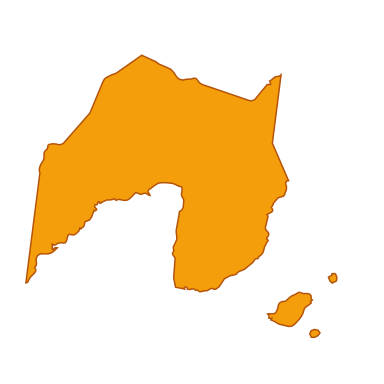 SVG path tracing the border of Morobe, rotated 97°
{"feature_id": "PNG-1253", "entity_name": "Morobe", "entity_type": "Province", "adm_level": 1, "iso_a3": "PNG", "parent_name": "Papua New Guinea", "parent_adm1": "", "projection": "mercator", "projection_center": [147.281, -6.648], "detail": "fine", "context": "isolated", "style": "filled", "palette": "amber", "viewbox_px": 384, "rotation_deg": 97, "n_neighbors": 0, "source": "natural_earth", "source_scale": "10m", "svg_char_len": 4805}
<svg xmlns="http://www.w3.org/2000/svg" viewBox="0 0 384 384"><g transform="rotate(97 192 192)"><path d="M169.0,97.5L169.6,99.5L171.2,100.1L173.3,99.6L175.0,98.9L177.6,98.6L179.6,98.9L181.3,99.5L183.1,99.7L184.8,100.5L185.7,102.1L186.4,104.2L187.3,105.9L193.2,109.8L194.1,109.9L195.2,110.2L196.2,110.6L197.1,111.4L198.1,111.0L199.6,109.8L200.9,109.7L201.6,110.0L202.8,111.3L204.3,113.7L205.4,114.8L205.9,114.1L207.3,113.6L217.7,114.8L218.7,114.8L219.8,114.5L221.1,113.5L222.1,112.2L223.3,111.1L224.9,110.6L225.9,110.8L228.7,112.1L229.4,112.1L229.7,111.9L229.8,111.5L230.2,111.0L231.0,110.5L231.6,110.7L232.1,111.3L237.7,113.3L242.9,114.0L244.9,114.9L246.4,116.1L247.7,117.5L248.1,117.8L249.4,118.1L249.9,118.4L250.2,119.0L250.4,120.1L250.6,120.7L251.4,121.5L254.4,123.0L262.3,130.4L265.3,135.8L266.5,137.0L268.3,138.1L269.4,140.6L270.3,143.7L271.5,145.5L274.1,149.2L282.5,153.4L285.4,156.3L285.8,157.9L285.7,158.9L285.3,159.9L285.4,161.1L286.2,162.6L287.2,163.7L288.1,165.0L288.7,168.2L289.8,170.8L290.0,172.3L289.6,173.3L289.0,174.1L288.6,175.1L289.2,176.5L288.0,178.0L288.2,179.7L288.8,181.6L289.2,184.0L288.9,184.5L287.3,185.6L287.0,185.9L287.1,187.3L287.7,188.1L288.4,188.1L289.2,187.4L288.5,196.7L279.7,199.7L259.9,200.7L258.8,201.4L256.8,203.2L256.0,203.8L254.7,203.7L253.5,203.2L252.3,202.9L251.0,203.4L249.0,203.9L241.4,201.4L238.9,201.5L234.2,202.7L231.8,203.0L214.3,202.0L212.9,202.2L212.2,201.1L211.4,200.2L210.3,199.6L208.9,199.1L207.2,198.9L201.6,199.1L200.1,199.6L197.3,201.7L195.4,202.2L191.7,202.1L189.8,202.3L188.1,203.0L187.9,205.7L186.2,210.5L185.8,213.1L185.9,218.5L186.6,223.9L187.4,226.6L191.1,231.1L193.5,233.3L194.7,234.8L195.4,235.4L196.6,235.7L197.5,235.5L199.0,234.1L200.5,233.3L200.3,234.9L199.7,236.0L199.1,237.0L198.9,237.9L199.1,239.3L200.1,241.2L200.5,242.6L200.3,244.1L199.5,246.8L199.6,248.1L200.1,248.3L205.9,252.8L207.2,254.2L208.2,255.9L208.6,258.3L208.2,263.6L208.9,265.2L209.5,266.4L209.1,267.0L208.5,267.4L208.2,268.4L208.9,269.5L209.7,271.5L210.2,274.9L210.5,276.0L212.4,279.0L212.9,280.0L213.5,280.5L214.1,280.9L214.4,281.5L214.3,282.1L213.6,282.5L213.0,282.7L212.9,283.0L213.5,284.2L214.0,284.3L214.7,284.1L215.9,284.6L216.5,285.5L216.4,286.2L216.6,286.7L218.2,287.0L218.7,286.7L220.6,284.6L221.3,284.6L222.0,285.2L222.5,285.8L222.6,286.4L222.1,287.0L228.9,288.6L232.2,290.2L233.7,292.8L234.1,294.0L235.1,294.6L236.3,294.8L237.2,294.8L238.9,295.1L240.0,295.8L240.9,296.8L242.2,297.8L241.3,298.9L241.9,299.1L243.3,299.2L244.4,299.5L247.2,301.7L248.5,303.1L249.1,304.5L249.0,308.7L250.1,309.8L256.2,310.7L257.8,311.6L258.3,313.3L258.4,316.2L259.1,318.6L260.6,320.4L261.6,322.2L260.7,324.4L266.1,323.6L266.1,322.8L265.1,322.3L264.3,321.5L263.8,320.4L263.8,318.9L266.8,321.3L269.3,323.8L270.9,327.0L271.8,334.4L272.7,336.3L274.2,337.6L276.2,338.4L278.0,338.5L281.4,337.7L283.9,337.6L284.5,338.0L285.2,338.6L286.0,338.9L287.3,338.0L288.4,337.5L289.7,337.6L291.0,338.1L296.3,342.0L298.8,343.3L301.2,343.8L302.1,344.9L302.4,345.8L191.4,345.3L190.2,345.9L189.4,346.1L188.4,346.3L187.5,346.3L185.1,346.0L183.8,345.7L182.7,345.3L178.6,343.4L176.8,343.1L175.0,343.1L171.8,343.6L170.2,343.3L168.9,342.6L166.7,340.9L165.5,340.6L164.3,340.7L163.3,340.6L162.3,339.7L161.3,337.0L161.0,334.9L161.0,332.9L161.3,329.2L160.3,327.0L159.4,325.6L150.1,319.3L126.0,302.9L93.3,293.8L90.5,292.6L88.8,291.0L85.7,286.4L83.4,281.8L62.4,258.6L67.2,243.5L67.8,242.5L68.5,241.5L69.1,240.2L72.1,230.0L72.6,228.5L73.6,227.0L74.9,225.4L79.5,221.3L80.5,220.2L81.4,218.5L81.9,216.5L81.9,214.3L80.5,210.4L80.3,208.1L79.9,206.3L79.1,204.7L78.7,203.3L78.8,202.0L79.6,200.9L82.2,198.4L83.3,196.8L84.1,194.8L94.2,146.6L94.2,144.0L93.5,142.2L92.5,140.9L77.8,131.5L76.1,130.4L76.0,128.7L75.6,127.0L74.9,127.3L73.1,128.1L72.4,128.5L70.9,126.6L69.1,125.0L67.6,123.4L66.3,119.3L64.8,117.9L133.8,118.2L168.6,97.8L169.0,97.5ZM310.5,73.8L313.0,76.6L313.7,79.6L312.5,89.7L310.1,95.2L309.3,98.2L308.1,97.7L307.7,97.4L307.8,98.1L307.7,99.7L307.7,100.5L306.6,100.2L305.6,100.5L304.8,101.1L303.9,102.1L303.4,100.6L303.0,96.8L302.4,95.1L301.4,94.1L300.1,93.5L296.9,92.7L293.2,92.4L291.5,91.6L290.0,89.6L289.7,88.8L289.2,86.5L288.6,85.5L284.3,81.8L283.0,80.3L280.7,76.5L278.9,74.4L278.5,73.4L278.5,72.5L279.2,69.6L278.7,64.2L279.2,62.5L280.4,61.2L283.2,60.7L284.6,59.4L284.9,60.0L285.2,60.2L285.6,60.4L286.2,61.0L286.5,60.6L286.9,60.4L287.3,60.3L287.7,60.2L289.0,61.4L291.6,64.3L293.1,65.6L294.7,66.4L299.2,67.2L302.1,68.3L305.0,69.9L310.5,73.8ZM316.2,47.8L319.2,49.5L321.4,52.7L321.6,55.9L318.5,57.8L315.2,56.9L313.5,53.7L313.8,50.1L316.2,47.8ZM260.7,37.7L262.7,37.9L263.6,39.0L264.2,40.4L265.3,41.5L264.2,43.5L263.1,44.5L259.9,46.2L257.6,43.1L257.3,43.0L256.2,43.2L255.9,42.6L255.9,42.1L255.9,41.7L255.6,41.2L255.6,40.0L257.0,38.8L259.0,37.9L260.7,37.7Z" fill="#f59e0b" stroke="#b45309" stroke-width="1.5"/></g></svg>